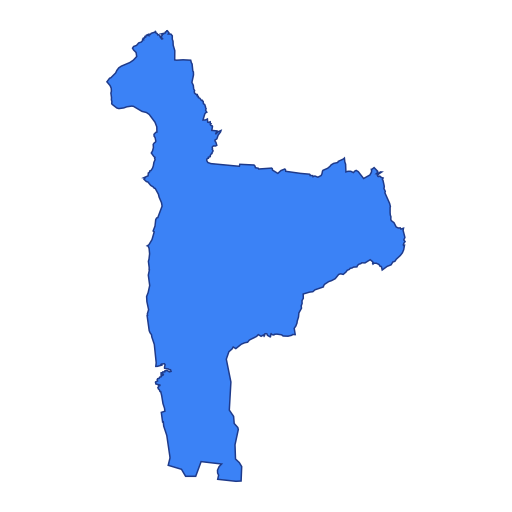 Gura Vitioarei, Prahova, Romania
{"feature_id": "2599482B61125475068654", "entity_name": "Gura Vitioarei", "entity_type": "district", "adm_level": 2, "iso_a3": "ROU", "parent_name": "Romania", "parent_adm1": "Prahova", "projection": "orthographic", "projection_center": [26.028, 45.151], "detail": "fine", "context": "isolated", "style": "filled", "palette": "blue", "viewbox_px": 512, "rotation_deg": 0, "n_neighbors": 0, "source": "geoboundaries", "source_scale": "gbopen_adm2", "svg_char_len": 6041}
<svg xmlns="http://www.w3.org/2000/svg" viewBox="0 0 512 512"><path d="M236.0,481.3L241.1,481.0L241.7,466.6L239.3,462.6L235.5,459.0L235.0,444.8L238.3,429.5L237.8,427.5L234.2,423.5L233.6,416.4L229.3,410.1L230.9,382.0L226.3,359.2L228.9,351.7L232.0,349.0L233.2,347.0L235.8,348.6L241.3,344.2L244.6,342.8L247.6,342.2L249.4,340.0L256.6,336.4L258.3,334.6L261.1,336.3L263.4,335.0L264.1,336.2L264.5,335.7L264.9,333.8L266.1,333.6L267.1,334.1L267.4,335.3L270.2,336.9L270.5,336.7L270.9,333.9L271.1,333.7L272.3,334.7L273.9,335.0L274.3,334.3L276.9,334.1L281.6,334.8L283.1,336.0L288.0,336.2L291.7,335.3L292.7,334.5L295.2,334.6L294.2,328.3L295.8,326.1L297.0,323.0L297.2,321.2L298.5,317.0L298.9,312.9L301.5,308.2L301.2,305.9L302.1,303.5L302.0,300.6L303.3,298.3L303.2,294.0L309.6,292.1L312.8,291.7L315.0,289.8L323.4,286.9L323.6,285.7L324.6,284.3L328.7,281.6L331.6,280.6L335.2,278.7L338.7,274.4L340.7,273.8L343.2,274.4L346.0,272.0L347.2,270.3L349.3,269.4L350.2,268.3L352.0,268.0L353.5,267.1L356.9,266.9L357.6,265.4L358.9,264.2L360.7,263.7L361.8,262.8L365.0,262.9L370.2,259.7L372.6,261.7L373.0,262.3L372.6,263.2L373.0,264.1L374.1,263.2L376.5,263.3L379.0,264.5L380.1,266.3L380.9,266.3L381.5,267.0L382.2,270.0L387.1,266.4L391.1,264.8L392.8,262.0L394.9,261.3L396.3,259.2L400.3,255.5L402.4,252.8L403.7,249.7L404.5,245.2L403.5,245.4L403.3,244.8L403.9,243.1L405.1,241.6L403.8,239.9L404.9,237.4L403.1,230.4L403.5,228.2L400.9,229.1L400.3,227.9L398.3,228.0L396.2,227.0L394.0,222.7L391.4,220.7L390.8,219.5L390.9,216.7L390.3,215.0L390.1,212.7L390.1,207.4L390.4,206.6L389.6,203.4L384.9,192.8L385.3,191.4L383.9,188.4L384.3,186.9L384.1,185.5L383.0,180.4L382.4,179.5L383.1,178.0L381.0,177.4L380.6,176.6L379.7,176.1L378.9,176.6L377.9,176.4L377.2,174.8L377.7,174.3L378.3,174.6L378.8,173.9L381.7,172.0L380.5,171.9L378.1,173.4L376.6,173.5L377.6,172.6L377.3,171.7L377.7,171.3L374.1,167.6L372.0,169.2L371.3,169.3L371.6,170.9L371.4,172.2L369.9,175.0L363.6,178.5L358.3,171.7L356.2,170.4L354.9,171.0L353.4,172.6L350.8,171.3L347.9,171.3L345.9,171.9L345.6,164.2L344.8,161.9L344.4,158.1L343.4,159.0L338.2,161.4L337.9,162.3L337.4,162.6L333.6,163.4L331.1,164.9L330.0,166.3L327.6,168.3L323.0,170.3L322.5,171.1L322.0,173.7L321.2,175.5L317.9,177.2L314.9,176.0L313.0,176.7L312.7,175.6L310.1,175.5L310.1,174.7L309.6,174.2L300.6,173.4L285.7,171.3L285.5,169.8L284.8,169.0L281.0,170.5L277.8,173.4L272.5,170.1L272.3,168.7L271.6,168.1L258.7,169.0L258.2,168.2L255.4,167.7L255.0,166.1L254.0,165.0L239.8,164.3L239.4,166.3L210.9,163.6L207.8,162.5L206.7,160.5L206.8,159.2L207.6,158.4L208.4,158.3L208.4,157.2L210.0,156.8L210.3,156.5L210.2,155.5L211.5,153.6L212.0,153.5L212.1,152.4L212.8,151.6L213.0,150.5L212.2,149.3L212.5,148.7L212.2,147.6L212.4,146.8L213.5,145.9L215.5,146.0L216.8,145.3L215.9,142.2L215.3,141.7L214.9,140.2L216.9,138.8L218.1,135.2L220.5,132.0L221.0,130.5L218.1,131.7L215.5,134.3L216.9,130.9L211.8,130.4L212.5,126.5L212.3,125.9L211.2,125.6L210.3,124.7L211.0,123.7L210.3,123.4L210.2,121.8L208.5,122.4L207.7,122.2L207.4,119.0L205.3,120.0L203.0,120.0L204.8,113.9L205.6,112.8L206.8,112.2L205.6,110.3L206.1,108.5L205.5,107.6L205.5,106.8L204.7,104.5L203.4,103.7L203.2,101.4L202.5,101.0L202.3,100.3L201.4,100.4L199.9,98.3L198.3,97.5L198.4,96.4L197.0,95.7L197.4,95.0L197.3,94.5L195.8,94.2L194.5,93.0L194.3,91.5L194.6,90.5L193.7,89.1L193.3,85.3L191.9,82.4L193.5,74.9L193.4,71.9L192.8,70.9L192.1,64.0L191.4,62.8L190.7,60.2L183.1,59.8L176.5,60.2L174.7,59.9L174.8,50.7L173.2,45.2L173.0,41.2L172.3,39.3L172.3,35.8L170.9,34.1L168.3,34.0L169.0,32.9L167.3,30.7L166.7,30.8L166.5,31.5L165.4,32.0L165.2,33.0L161.3,33.9L162.5,34.3L162.0,34.5L162.2,35.4L161.3,36.1L161.9,38.3L162.5,38.8L161.9,39.1L160.3,37.2L159.5,35.3L158.5,34.7L157.7,34.9L157.1,33.5L155.6,32.7L155.8,32.0L155.3,31.5L155.0,32.1L151.2,33.3L150.3,34.5L149.0,34.1L147.6,34.7L148.6,35.0L148.9,35.6L147.0,35.4L144.9,36.4L144.9,36.8L146.3,36.7L143.4,38.2L143.8,38.7L142.9,39.1L143.2,39.6L142.6,39.5L142.5,40.7L141.2,42.1L138.7,42.9L136.5,45.4L133.6,46.5L132.5,48.2L133.6,50.0L136.1,52.5L136.7,56.5L133.4,60.1L129.9,62.5L121.4,66.1L118.8,67.8L116.9,70.3L115.6,73.0L110.8,77.8L109.6,78.2L106.9,81.8L110.1,85.6L111.2,88.2L111.4,91.1L110.9,93.1L111.5,97.5L111.4,99.8L111.9,101.6L111.7,103.7L112.2,104.4L116.8,108.0L118.9,108.6L123.8,107.9L126.8,106.8L131.6,106.1L133.4,106.3L142.0,111.4L146.4,112.5L149.2,114.4L155.0,122.2L156.8,126.9L156.9,132.1L155.9,132.3L154.0,134.3L154.1,136.2L155.1,137.6L155.8,141.1L155.5,142.0L154.1,143.1L153.2,144.4L153.4,147.6L152.5,151.0L151.3,153.0L154.0,156.7L154.9,157.2L155.0,157.6L154.6,158.2L155.1,159.6L153.9,162.4L153.3,165.9L152.5,168.2L151.0,170.5L149.8,170.9L149.4,172.4L148.3,173.0L148.1,175.8L143.7,177.8L144.9,178.0L144.0,179.3L146.4,181.6L147.8,181.9L150.7,185.4L153.3,187.0L154.3,188.3L155.2,188.4L158.4,194.2L159.1,197.1L161.5,202.7L162.1,206.1L157.8,217.6L156.6,218.0L155.7,219.7L155.0,226.1L153.1,231.0L154.2,231.9L152.0,239.6L148.9,244.8L147.3,245.8L148.1,246.1L149.1,248.4L149.6,253.8L149.0,259.1L148.4,261.3L149.2,267.7L149.1,269.7L149.4,269.9L148.3,275.1L149.7,285.5L148.1,292.7L146.6,296.5L146.9,301.7L148.6,309.7L147.3,314.0L147.6,315.3L147.1,315.6L149.2,330.7L150.1,332.8L151.5,334.7L151.8,336.9L154.3,344.4L156.2,362.8L155.8,366.4L157.2,366.4L161.9,365.1L161.8,364.8L160.8,364.8L161.3,364.1L164.4,363.7L165.1,364.8L164.5,367.1L164.6,368.3L168.5,369.0L169.5,369.8L170.5,369.7L171.1,371.4L169.4,371.9L167.0,370.5L164.9,370.8L164.8,371.8L162.8,371.9L162.6,372.7L161.1,372.8L161.1,375.3L162.5,375.1L162.9,374.0L163.4,374.3L163.2,375.0L161.6,375.8L161.3,376.7L159.6,377.2L159.1,378.4L157.7,378.7L157.2,379.6L157.6,381.0L155.6,381.9L155.5,382.4L155.9,384.0L159.9,385.0L159.9,385.5L158.5,385.8L158.7,386.8L157.9,387.4L158.3,388.8L159.3,389.7L160.0,391.5L160.7,391.6L161.7,395.7L163.0,403.7L164.5,408.2L164.9,411.2L161.3,412.4L162.6,422.0L163.3,421.9L163.7,426.1L166.8,435.5L169.8,456.0L170.0,458.0L168.2,465.3L181.5,469.3L185.6,476.3L195.7,476.3L201.1,461.6L221.6,464.0L219.1,466.6L217.5,470.2L217.6,473.0L218.6,475.2L217.7,479.3L236.0,481.3Z" fill="#3b82f6" stroke="#1e3a8a" stroke-width="1.5"/></svg>